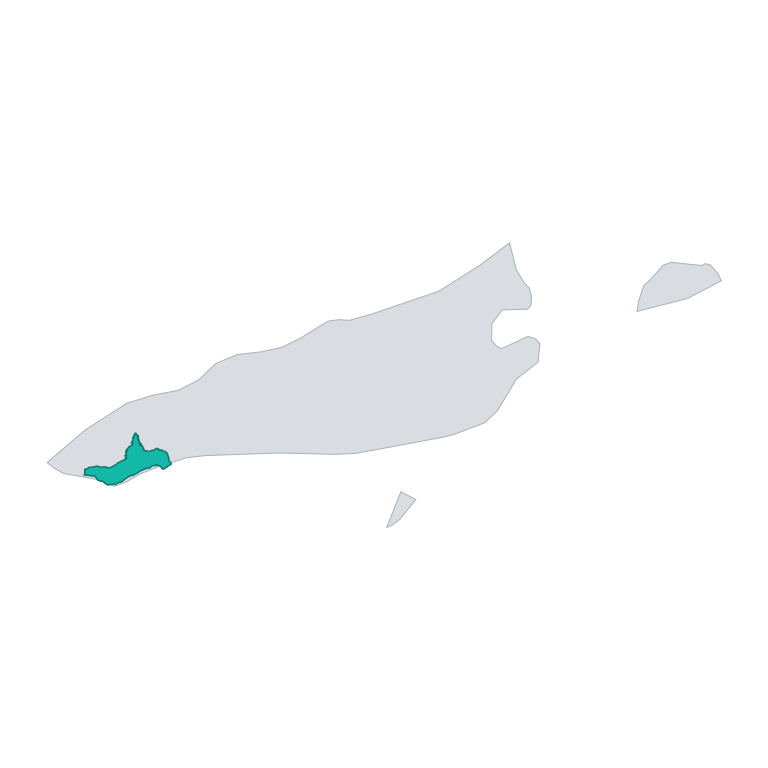 Lautém, Lautém, East Timor (highlighted), rotated 181°
{"feature_id": "22284137B78833871172178", "entity_name": "Lautém", "entity_type": "district", "adm_level": 2, "iso_a3": "TLS", "parent_name": "East Timor", "parent_adm1": "Lautém", "projection": "orthographic", "projection_center": [126.918, -8.447], "detail": "fine", "context": "in_parent", "style": "filled", "palette": "teal", "viewbox_px": 768, "rotation_deg": 181, "n_neighbors": 0, "source": "geoboundaries", "source_scale": "gbopen_adm2", "svg_char_len": 6551}
<svg xmlns="http://www.w3.org/2000/svg" viewBox="0 0 768 768"><g transform="rotate(181 384 384)"><path d="M260.9,527.3L253.7,500.2L246.1,488.6L240.1,482.0L238.1,473.8L238.4,465.3L241.9,461.3L267.2,460.1L277.2,446.1L277.1,429.4L272.0,423.7L267.0,421.4L240.9,434.1L233.4,431.8L228.9,427.3L230.3,408.7L251.7,391.2L269.9,359.6L282.7,347.0L312.5,335.1L324.6,331.7L411.7,314.0L432.5,312.8L487.7,313.2L561.6,309.3L579.9,306.9L603.6,299.2L626.5,289.8L638.7,282.3L651.4,276.9L670.4,283.7L702.7,288.9L711.4,293.4L719.5,299.6L682.0,332.8L640.9,360.2L615.6,368.6L589.4,374.2L569.4,384.8L552.6,401.5L531.1,410.9L506.8,414.1L486.2,419.1L467.4,428.9L441.3,445.8L430.7,447.5L419.5,447.1L397.9,453.6L330.6,477.8L290.0,504.6L260.9,527.3ZM48.5,493.1L81.7,475.0L132.2,461.0L131.0,471.0L125.9,486.9L118.3,494.3L106.8,507.7L99.2,510.7L68.8,508.0L64.9,510.0L59.7,508.6L51.9,500.1L48.5,493.1ZM378.8,240.7L365.2,276.6L350.2,269.0L366.0,248.8L373.7,242.8L378.8,240.7Z" fill="#d9dde1" stroke="#a8b0b8" stroke-width="1"/><path d="M632.0,330.3L632.0,329.9L632.0,329.6L632.3,329.5L632.4,329.4L632.5,329.0L632.4,328.6L632.6,328.4L633.1,328.4L633.3,328.0L633.0,327.8L633.1,327.3L633.2,327.2L633.6,327.1L633.6,326.4L634.3,325.7L634.4,325.3L633.9,324.9L633.8,324.6L633.8,324.0L634.0,323.7L634.2,323.1L634.6,322.7L634.4,322.3L634.4,322.1L634.7,321.9L635.1,321.6L635.1,321.3L635.1,321.1L635.6,320.9L635.6,320.7L635.0,320.7L634.3,320.5L634.0,320.3L634.0,320.1L634.3,320.0L634.4,319.9L635.0,319.0L635.0,318.9L634.5,319.0L634.4,318.8L634.5,318.6L635.0,318.5L635.4,318.2L636.0,317.8L636.4,317.4L636.8,317.2L637.1,317.2L637.4,317.1L637.5,316.9L637.9,316.8L637.8,316.4L637.8,316.1L638.6,315.8L639.6,314.6L639.5,314.3L639.3,314.0L639.3,313.4L639.8,313.4L640.1,313.6L640.6,313.5L640.6,313.4L640.7,312.9L640.2,313.0L639.8,312.7L639.7,312.4L639.9,312.1L640.4,311.5L640.9,311.1L640.6,310.8L640.6,310.3L640.7,309.8L640.4,309.7L640.5,309.4L640.7,309.2L640.4,308.9L640.4,308.6L640.3,308.3L640.5,308.2L640.6,307.9L640.8,307.9L640.9,308.1L641.0,308.2L641.5,308.0L641.6,307.9L641.0,307.9L640.9,307.8L640.9,307.4L641.2,307.2L640.7,307.3L640.5,307.2L640.8,306.5L640.7,306.2L640.2,306.1L640.0,305.8L640.0,305.5L640.2,305.0L640.3,304.9L640.6,305.0L641.3,305.5L641.4,305.0L641.3,304.2L646.2,301.8L646.9,301.4L647.7,301.0L649.0,300.2L649.5,299.8L650.0,299.2L650.4,298.9L652.8,297.5L653.5,297.1L654.8,296.2L656.7,295.6L658.2,295.3L658.9,295.3L659.3,295.5L659.9,296.0L660.3,296.2L661.8,296.2L662.9,296.4L664.2,295.8L664.4,295.7L664.7,295.6L665.0,295.6L666.2,296.2L667.1,296.3L667.3,296.4L667.9,296.4L668.7,296.5L668.9,296.8L669.2,296.9L672.1,296.4L673.6,295.8L674.3,295.7L676.4,295.8L677.0,295.6L678.0,295.0L679.8,293.8L680.1,293.6L680.5,293.6L681.0,293.9L681.3,293.6L681.6,293.1L681.8,292.4L681.8,292.0L681.6,290.1L681.5,289.4L681.8,288.6L682.2,287.9L681.3,287.7L681.1,287.6L680.9,287.7L680.5,287.7L680.2,287.8L679.0,287.5L678.5,287.6L677.9,287.5L676.7,287.5L675.9,287.2L675.5,287.0L675.4,287.0L675.5,287.1L675.4,287.1L674.9,287.1L674.4,287.0L673.4,286.9L673.1,287.2L672.3,287.0L671.8,287.0L671.5,286.9L671.3,286.5L671.0,286.1L669.6,284.7L668.9,283.6L668.4,283.0L668.1,282.8L668.1,282.7L667.6,282.7L667.2,282.6L666.1,282.1L665.9,281.8L665.7,281.8L664.9,282.2L664.1,281.9L663.6,281.8L662.4,281.0L661.8,280.6L661.6,280.3L661.0,279.7L660.9,279.7L660.6,279.3L660.3,279.4L659.9,279.2L658.7,278.2L658.2,278.3L656.9,278.6L655.9,278.6L654.3,278.9L653.2,278.9L650.6,279.1L650.2,279.2L649.5,279.6L648.4,280.3L647.2,280.9L646.8,281.0L646.5,281.0L646.0,281.1L645.1,281.4L644.5,281.7L643.0,282.9L642.4,283.5L641.2,284.5L639.5,285.6L638.7,286.4L636.8,287.3L636.5,287.3L636.3,287.7L636.1,287.7L635.4,288.3L635.0,288.4L634.6,288.4L634.4,288.5L634.2,288.5L634.2,288.4L633.9,288.2L633.6,288.3L633.4,288.5L632.1,289.0L631.1,289.7L628.9,290.8L627.6,291.9L626.5,292.7L625.5,293.1L624.8,293.5L624.3,293.5L623.6,293.8L622.7,294.6L621.4,294.8L620.9,295.0L620.2,295.5L619.5,295.8L619.1,295.8L618.8,295.7L618.6,295.8L617.3,295.8L616.9,296.0L616.3,296.3L616.2,296.5L615.4,297.3L614.9,297.8L614.1,298.3L613.5,298.3L613.1,298.2L612.4,298.2L611.9,298.4L611.1,298.9L610.1,299.2L609.9,299.0L609.7,298.9L609.6,299.0L609.6,298.9L609.5,299.0L608.4,298.8L607.2,298.3L605.8,297.4L605.3,296.9L604.7,296.0L604.0,295.2L603.7,295.2L603.4,295.2L602.8,295.1L602.1,295.5L601.7,295.9L601.0,296.3L600.2,296.9L600.0,297.0L599.8,296.9L599.6,297.0L598.8,297.9L598.3,298.4L596.4,299.4L595.6,299.8L595.6,300.0L595.4,300.5L595.5,300.9L595.8,301.3L595.9,301.5L595.9,301.8L596.1,302.1L596.3,302.1L596.6,302.4L596.8,302.4L597.1,302.6L597.2,302.9L597.3,303.0L597.5,303.4L597.6,303.7L597.9,303.9L597.8,304.1L597.9,304.4L597.7,304.5L597.6,305.0L597.6,305.3L598.1,306.1L598.0,306.4L598.2,306.6L598.0,307.1L598.5,307.7L598.7,308.1L599.0,308.6L599.0,308.8L598.8,309.1L599.2,310.1L599.7,310.8L599.8,311.5L600.1,311.7L600.7,312.1L601.4,312.3L602.0,312.8L602.5,313.0L603.2,312.9L603.5,312.9L603.7,313.1L603.9,313.1L604.7,314.0L604.8,314.1L605.2,313.9L605.5,313.9L606.0,314.1L606.6,314.0L606.9,313.8L607.1,314.0L607.4,313.8L607.3,313.6L607.7,314.0L607.6,314.3L607.7,314.6L607.9,314.8L608.2,314.8L608.5,315.1L608.6,314.8L609.0,315.1L609.1,315.4L609.3,315.4L609.6,315.3L609.8,315.4L610.0,315.7L610.7,315.4L610.9,315.2L611.4,315.0L612.0,314.5L613.3,313.9L613.5,314.0L614.0,313.8L614.1,313.6L614.7,313.7L615.0,313.6L615.4,313.4L616.2,313.0L616.9,312.7L618.6,312.4L618.9,312.6L619.2,312.6L620.4,313.2L620.6,313.1L621.0,312.8L621.3,312.9L621.6,313.0L622.2,312.8L622.8,313.2L622.7,313.3L622.6,313.5L623.1,314.0L622.8,314.3L622.8,314.6L623.0,314.8L623.5,315.1L623.6,315.3L623.6,315.5L623.4,315.9L623.9,316.4L624.1,317.0L624.3,317.1L624.5,317.2L624.6,318.0L625.0,318.1L625.3,318.4L625.7,318.3L625.8,318.9L626.1,318.5L626.3,318.4L626.6,318.6L626.9,318.6L627.0,318.7L627.1,318.8L626.6,319.3L627.0,319.3L627.1,319.6L626.7,319.8L626.6,320.0L627.1,319.9L627.2,320.0L627.1,320.3L627.3,320.4L627.3,320.5L627.0,320.5L627.4,320.8L627.3,321.4L627.6,321.4L627.8,321.5L627.8,321.8L627.7,322.0L627.8,322.1L627.9,322.3L627.7,322.7L627.8,322.9L628.1,323.1L628.0,323.6L628.6,323.6L628.8,323.6L628.9,323.8L628.5,324.0L628.7,324.3L629.1,324.3L629.2,324.6L629.2,325.0L628.7,325.0L628.8,325.7L628.8,325.8L629.0,325.8L629.2,326.0L628.8,326.2L628.7,326.3L628.7,326.5L628.8,326.5L629.0,326.4L629.1,326.5L628.9,326.6L628.9,326.8L628.7,326.9L628.7,327.1L628.8,327.2L629.0,327.3L629.0,327.5L629.4,327.3L629.5,327.7L629.4,327.9L629.5,328.0L629.4,328.5L630.2,328.9L630.5,329.1L630.9,329.3L631.1,329.8L631.0,330.2L631.5,330.3L631.8,330.2L632.0,330.3Z" fill="#14b8a6" stroke="#0f766e" stroke-width="1.5"/></g></svg>